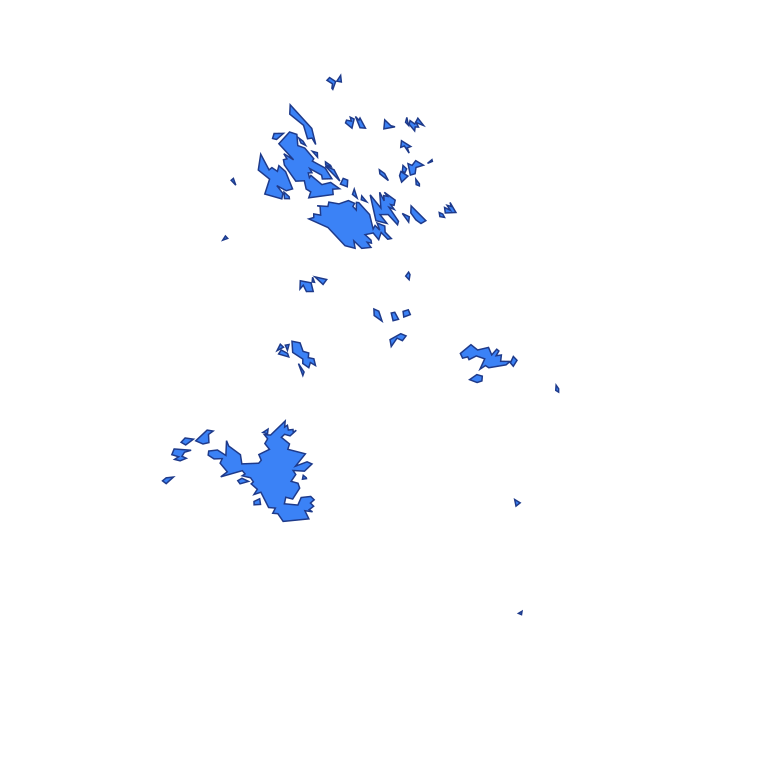 the district of Kepulauan Anambas, Kepulauan Riau, Indonesia, rotated 312°
{"feature_id": "22746128B99951880476592", "entity_name": "Kepulauan Anambas", "entity_type": "district", "adm_level": 2, "iso_a3": "IDN", "parent_name": "Indonesia", "parent_adm1": "Kepulauan Riau", "projection": "mercator", "projection_center": [106.153, 2.904], "detail": "fine", "context": "isolated", "style": "filled", "palette": "blue", "viewbox_px": 768, "rotation_deg": 312, "n_neighbors": 0, "source": "geoboundaries", "source_scale": "gbopen_adm2", "svg_char_len": 6232}
<svg xmlns="http://www.w3.org/2000/svg" viewBox="0 0 768 768"><g transform="rotate(312 384 384)"><path d="M216.9,298.6L213.5,300.9L214.6,307.8L220.3,313.7L215.5,315.2L213.9,326.3L205.8,324.8L224.8,336.7L224.2,340.9L220.9,340.0L225.0,347.6L223.9,352.4L220.9,352.1L221.0,360.3L214.9,361.3L221.2,364.9L215.0,380.9L219.1,386.3L213.5,387.8L216.6,391.9L214.4,401.0L233.5,418.4L236.9,410.0L241.2,416.4L240.5,412.5L246.1,413.5L246.3,409.0L251.2,409.6L251.4,404.8L244.2,398.4L236.4,401.0L228.3,390.1L234.1,386.8L237.4,393.1L250.2,391.0L252.7,386.5L249.5,380.1L257.7,379.0L258.9,374.3L266.0,383.2L276.4,384.0L274.7,378.9L263.7,373.2L279.5,372.3L271.1,356.2L276.2,353.9L275.7,343.4L280.1,343.8L282.6,348.9L290.9,349.8L287.5,348.8L289.3,346.8L285.8,343.7L288.7,339.8L285.5,339.0L290.4,335.3L270.2,333.9L266.3,329.1L265.4,334.2L260.0,335.3L258.8,342.6L247.8,338.2L245.2,343.8L241.3,343.9L229.5,331.8L235.4,324.6L234.0,310.1L236.5,304.9L225.1,314.3L223.5,304.4L216.9,298.6ZM478.4,223.5L471.7,215.0L473.2,217.7L467.1,223.9L463.4,218.0L460.7,220.4L456.4,217.7L462.8,237.7L460.7,262.5L465.5,271.7L470.2,265.8L469.9,276.7L476.8,282.9L478.1,276.7L480.3,280.4L482.2,278.1L482.3,270.0L489.0,274.9L487.7,283.5L494.7,280.5L494.1,289.9L497.0,292.1L497.6,283.2L501.9,278.9L499.0,271.1L495.5,277.9L495.8,271.3L491.9,272.2L500.3,259.9L501.9,243.9L500.6,242.0L494.7,247.0L495.1,242.1L498.6,241.3L496.5,234.8L487.7,230.0L482.3,221.3L478.4,223.5ZM508.1,145.2L492.2,145.1L490.1,166.8L488.1,155.5L486.4,161.2L483.4,159.2L480.1,163.4L475.7,182.7L481.7,188.8L476.8,195.7L477.8,201.0L472.0,203.5L490.8,219.4L494.4,215.5L499.4,220.3L498.1,209.5L490.6,204.4L490.1,190.1L487.4,190.5L490.2,186.5L492.8,189.1L494.4,184.7L497.5,197.9L495.1,201.0L501.7,207.9L505.1,195.8L501.7,181.6L504.4,181.1L506.3,167.2L503.5,160.4L511.2,152.2L508.1,145.2ZM472.3,138.6L458.9,147.4L459.7,161.9L445.4,168.3L453.2,184.2L458.0,181.3L459.7,171.6L462.2,182.0L467.8,185.5L476.0,168.7L475.9,159.8L470.7,162.5L469.8,155.9L466.2,155.3L472.3,138.6ZM471.4,422.3L457.8,420.3L455.8,425.1L460.2,428.1L459.0,430.9L466.6,433.8L470.1,442.0L459.3,445.4L465.6,447.1L466.2,451.0L479.9,461.9L485.1,462.6L478.9,455.5L484.1,451.8L480.0,448.4L485.4,447.3L485.3,444.5L477.7,444.6L481.1,437.2L471.9,430.8L471.4,422.3ZM512.7,263.9L515.3,247.2L500.0,268.7L505.3,278.7L507.2,267.7L512.7,273.7L511.4,287.5L514.6,285.9L518.7,269.5L520.6,274.8L521.8,268.9L523.5,271.9L528.1,269.3L526.7,256.0L525.8,261.1L523.8,257.7L520.2,261.6L523.6,252.5L512.7,263.9ZM354.2,287.0L346.4,295.0L348.2,307.0L344.9,309.9L345.8,317.2L350.7,314.9L351.9,320.7L355.8,315.0L352.9,310.1L356.7,307.3L354.1,302.0L358.4,294.1L354.2,287.0ZM528.7,127.5L521.5,133.4L522.4,151.1L515.1,163.1L518.6,166.0L516.3,173.0L525.6,159.3L528.7,127.5ZM231.4,283.4L215.8,282.1L218.3,289.6L223.3,293.1L229.1,287.3L234.7,288.5L231.4,283.4ZM195.3,271.5L189.5,273.6L192.5,280.1L187.8,278.8L190.5,283.9L196.5,286.8L195.1,282.2L199.8,281.4L205.7,285.0L195.3,271.5ZM563.8,254.4L556.9,263.8L561.1,266.4L566.3,262.9L573.0,266.9L571.2,258.1L565.3,258.6L563.8,254.4ZM404.7,252.7L398.4,258.0L403.4,257.9L400.8,264.5L405.4,269.5L410.4,262.1L404.7,252.7ZM534.5,285.0L529.1,289.4L527.3,297.8L528.0,304.1L533.4,305.8L534.5,285.0ZM432.6,362.8L421.0,358.8L416.7,364.3L426.8,363.0L428.5,368.7L434.5,368.2L432.6,362.8ZM597.2,227.1L593.9,228.9L592.6,237.4L595.9,235.2L598.0,237.7L599.8,233.1L602.6,240.5L604.2,231.3L597.8,232.9L597.2,227.1ZM559.0,311.3L557.5,317.1L555.7,310.9L552.1,315.1L559.6,322.7L563.1,311.6L560.9,315.1L559.0,311.3ZM444.5,444.7L447.4,452.2L451.8,454.7L455.6,451.8L453.1,446.7L444.5,444.7ZM423.3,271.5L417.4,261.0L417.2,272.1L423.3,271.5ZM496.6,134.7L491.9,136.9L493.8,140.5L503.0,141.6L496.6,134.7ZM509.8,203.5L506.7,194.6L505.3,215.4L509.8,203.5ZM433.0,326.3L428.3,330.9L429.4,340.5L434.6,331.4L433.0,326.3ZM580.8,207.8L573.5,213.2L582.5,220.1L580.5,216.2L580.8,207.8ZM559.7,180.4L557.5,183.8L555.0,179.6L552.3,180.7L552.7,189.0L560.9,184.5L559.7,180.4ZM210.8,272.3L204.9,272.2L206.0,277.4L215.5,279.3L210.8,272.3ZM578.4,245.0L576.5,234.2L571.1,238.1L574.5,239.9L572.4,248.2L575.1,243.3L578.4,245.0ZM563.7,183.8L558.4,194.7L561.7,199.0L565.6,188.2L563.3,188.8L563.7,183.8ZM553.2,254.4L549.2,256.2L545.8,262.0L554.5,262.7L553.2,254.4ZM163.8,284.2L164.2,288.8L174.0,289.8L168.5,284.9L163.8,284.2ZM441.6,341.9L437.1,348.4L441.8,351.5L444.5,344.0L441.6,341.9ZM214.3,340.0L213.5,343.8L221.0,348.5L218.9,341.5L214.3,340.0ZM450.7,349.6L447.0,353.9L453.2,357.1L455.4,352.4L450.7,349.6ZM509.5,216.1L503.4,217.9L506.0,224.7L511.2,220.6L509.5,216.1ZM340.5,284.9L335.8,285.6L340.4,295.1L342.2,291.9L340.5,284.9ZM209.7,366.0L207.3,368.3L211.9,372.8L215.5,368.4L209.7,366.0ZM491.0,461.7L484.3,463.8L483.7,468.2L490.6,467.0L491.0,461.7ZM575.3,138.5L571.5,138.4L572.6,144.9L568.9,147.4L568.7,148.8L576.4,145.7L575.3,138.5ZM459.7,181.3L455.2,186.0L458.4,189.7L459.7,188.2L459.7,181.3ZM339.4,316.6L341.9,306.8L336.0,318.0L339.4,316.6ZM540.1,237.2L537.4,240.3L538.1,251.1L540.8,243.6L540.1,237.2ZM504.2,239.6L508.9,231.5L503.8,233.7L504.2,239.6ZM525.2,290.9L523.0,283.5L520.8,294.0L525.2,290.9ZM559.1,251.9L554.2,255.4L555.2,258.1L559.0,256.9L559.1,251.9ZM507.8,249.2L508.9,241.6L505.7,243.8L507.8,249.2ZM344.2,280.3L337.2,282.2L344.1,284.7L344.2,280.3ZM548.4,310.3L545.8,313.5L548.3,317.5L549.6,314.0L548.4,310.3ZM386.8,564.7L385.6,558.4L381.6,563.8L386.8,564.7ZM511.3,179.7L509.0,175.1L508.1,182.8L511.3,179.7ZM387.9,167.1L383.0,167.9L387.6,170.4L387.9,167.1ZM483.6,327.4L478.7,327.9L478.3,332.9L482.7,330.1L483.6,327.4ZM272.9,328.0L266.9,326.4L269.1,330.7L272.9,328.0ZM508.9,166.0L510.3,161.4L509.8,156.1L507.5,161.1L508.9,166.0ZM584.3,145.3L577.5,146.3L579.9,150.2L584.3,145.3ZM432.6,140.8L436.0,134.5L433.1,134.1L432.6,140.8ZM509.9,191.9L507.8,194.0L510.1,199.5L510.7,198.0L509.9,191.9ZM349.8,287.0L346.8,284.7L344.4,289.7L349.8,287.0ZM557.5,270.6L553.7,274.5L554.9,277.7L556.4,276.4L557.5,270.6ZM597.4,222.6L592.9,224.9L592.6,229.0L597.4,222.6ZM307.5,638.6L303.5,637.4L304.6,640.5L307.5,638.6ZM498.3,512.7L494.2,515.9L494.8,519.2L497.3,517.0L498.3,512.7ZM262.1,385.1L258.7,387.1L261.8,389.7L262.3,389.0L262.1,385.1ZM582.8,269.5L577.1,268.7L581.8,271.0L582.8,269.5ZM413.1,264.3L415.6,259.5L411.8,262.3L413.1,264.3Z" fill="#3b82f6" stroke="#1e3a8a" stroke-width="1.5"/></g></svg>